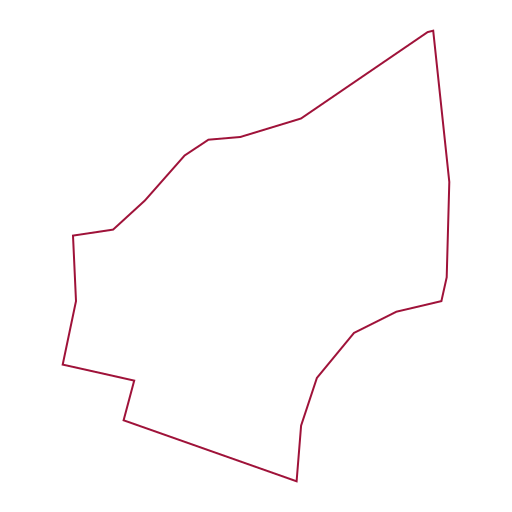 Gangdong-gu, Seoul, South Korea (Albers equal-area conic projection)
{"feature_id": "91817680B8309013283439", "entity_name": "Gangdong-gu", "entity_type": "district", "adm_level": 2, "iso_a3": "KOR", "parent_name": "South Korea", "parent_adm1": "Seoul", "projection": "albers", "projection_center": [127.15, 37.543], "detail": "fine", "context": "isolated", "style": "outline", "palette": "rose", "viewbox_px": 512, "rotation_deg": 0, "n_neighbors": 0, "source": "geoboundaries", "source_scale": "gbopen_adm2", "svg_char_len": 385}
<svg xmlns="http://www.w3.org/2000/svg" viewBox="0 0 512 512"><path d="M427.6,32.1L301.0,118.5L240.2,137.0L208.4,139.7L184.6,155.5L144.9,200.5L113.1,229.6L73.0,235.6L76.0,301.1L62.7,364.6L134.2,380.6L123.6,420.3L296.6,481.3L301.1,425.6L316.9,377.9L354.0,332.9L396.4,311.7L441.4,301.1L446.7,277.3L449.3,182.0L433.2,30.7L427.6,32.1Z" fill="none" stroke="#9f1239" stroke-width="2"/></svg>